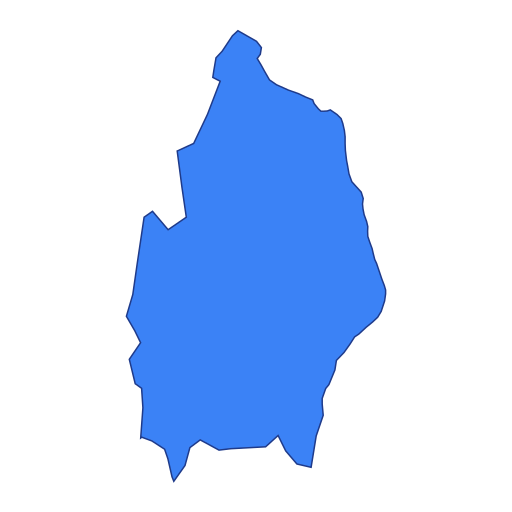 Ed Al Fursan, Southern Darfur, Sudan (Equal Earth projection)
{"feature_id": "16777658B67455933132274", "entity_name": "Ed Al Fursan", "entity_type": "district", "adm_level": 2, "iso_a3": "SDN", "parent_name": "Sudan", "parent_adm1": "Southern Darfur", "projection": "equal_earth", "projection_center": [24.402, 11.715], "detail": "fine", "context": "isolated", "style": "filled", "palette": "blue", "viewbox_px": 512, "rotation_deg": 0, "n_neighbors": 0, "source": "geoboundaries", "source_scale": "gbopen_adm2", "svg_char_len": 1430}
<svg xmlns="http://www.w3.org/2000/svg" viewBox="0 0 512 512"><path d="M261.4,47.6L256.5,41.3L237.9,30.7L232.5,35.7L222.1,51.3L216.0,57.8L213.8,70.7L212.8,77.4L217.0,79.6L220.2,81.2L207.5,114.3L193.7,143.4L177.2,151.0L181.9,186.9L186.3,217.2L168.1,229.7L152.5,211.3L144.1,217.2L137.2,263.7L132.8,294.5L126.4,316.3L134.8,330.8L140.6,342.7L129.3,359.3L135.2,383.7L141.6,388.3L142.9,407.8L140.7,438.0L141.8,437.2L143.4,437.8L151.8,440.9L164.6,449.2L167.9,458.8L172.0,476.8L173.8,481.3L185.0,465.5L189.9,447.6L200.2,439.9L219.0,450.1L230.7,448.7L265.6,446.8L278.1,435.5L285.7,450.9L296.9,464.0L311.1,467.3L316.2,435.9L323.2,415.3L322.2,404.0L322.2,398.4L325.7,388.5L328.9,384.6L334.9,370.0L336.4,360.4L344.0,352.5L350.0,344.1L354.6,336.9L358.9,334.0L366.1,327.3L372.6,322.0L377.7,317.2L381.2,311.4L384.6,301.0L385.6,293.9L385.6,290.0L384.3,285.5L381.8,279.0L376.6,263.5L374.7,259.4L373.2,253.4L372.1,248.6L369.7,242.1L367.8,236.4L367.6,231.2L367.8,226.6L366.6,221.5L364.1,214.6L363.0,208.9L362.5,204.0L363.2,198.5L361.2,192.1L355.3,185.6L351.8,181.7L349.0,173.9L347.6,165.8L346.6,160.7L345.4,150.6L345.1,143.6L345.1,136.7L344.4,130.6L342.8,123.5L341.1,118.6L337.0,114.5L330.3,109.9L327.2,111.0L323.8,111.2L320.9,111.2L318.4,108.9L314.1,103.6L312.7,99.9L305.5,97.0L298.6,93.7L288.4,90.1L276.4,84.7L269.5,79.9L264.5,71.2L261.1,65.0L257.2,58.5L260.3,54.3L261.3,48.1L261.4,47.6Z" fill="#3b82f6" stroke="#1e3a8a" stroke-width="1.5"/></svg>